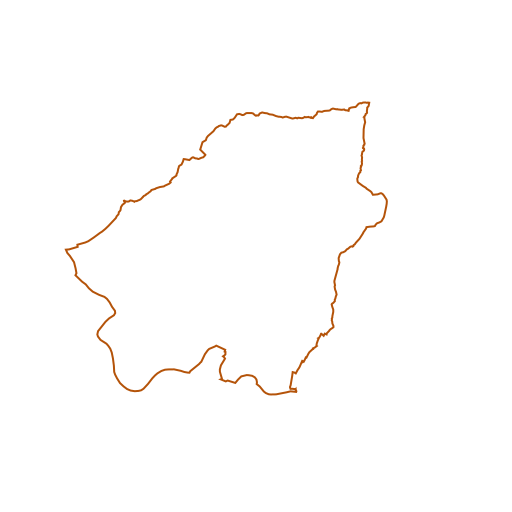 outline of Rapoltu Mare, Hunedoara, Romania, rotated 49°
{"feature_id": "2599482B38890136651952", "entity_name": "Rapoltu Mare", "entity_type": "district", "adm_level": 2, "iso_a3": "ROU", "parent_name": "Romania", "parent_adm1": "Hunedoara", "projection": "mercator", "projection_center": [23.103, 45.901], "detail": "fine", "context": "isolated", "style": "outline", "palette": "amber", "viewbox_px": 512, "rotation_deg": 49, "n_neighbors": 0, "source": "geoboundaries", "source_scale": "gbopen_adm2", "svg_char_len": 6070}
<svg xmlns="http://www.w3.org/2000/svg" viewBox="0 0 512 512"><g transform="rotate(49 256 256)"><path d="M385.5,314.3L384.6,314.6L384.0,314.0L383.3,313.9L382.7,313.5L382.8,313.9L382.3,313.9L382.5,313.7L382.3,313.5L381.9,313.9L381.9,314.1L380.2,315.5L378.9,317.1L377.6,316.6L377.1,316.2L376.3,314.7L370.3,307.4L367.7,304.5L369.3,303.4L370.7,303.0L369.4,299.6L369.0,298.2L368.9,297.6L368.3,295.8L365.7,290.4L366.4,290.4L366.1,289.6L367.1,289.4L366.5,287.7L365.2,284.9L365.8,284.6L364.1,280.5L363.6,278.8L363.5,275.2L363.5,274.6L363.7,273.9L363.1,273.6L363.6,272.0L363.8,269.2L363.4,269.3L363.0,268.9L361.8,267.4L360.2,264.6L359.5,263.1L359.3,262.8L358.9,262.9L359.1,261.9L359.0,261.6L358.0,259.0L357.4,258.0L357.4,257.8L358.0,257.6L360.6,257.3L359.7,255.1L361.5,254.2L360.8,253.3L360.5,249.9L360.2,249.0L360.2,247.4L360.5,245.6L360.5,244.2L359.5,243.4L357.0,242.6L355.5,241.5L354.2,241.0L353.6,240.2L352.9,239.8L352.6,238.9L351.4,237.7L348.9,234.4L347.2,232.9L344.0,231.6L342.1,230.6L341.9,229.9L342.1,228.4L341.8,226.1L340.7,225.3L340.2,224.1L338.9,222.3L338.0,220.5L335.5,219.1L333.2,218.3L331.2,217.1L330.5,216.6L330.0,215.6L327.0,213.9L326.1,213.0L319.3,202.8L318.9,202.6L317.4,200.4L316.9,199.2L315.9,197.8L315.4,197.2L314.2,196.8L311.8,195.0L309.8,191.5L309.5,189.4L310.4,187.7L310.9,185.5L310.6,183.3L310.6,182.7L310.9,181.9L310.9,178.9L311.0,178.5L311.7,177.1L312.3,176.9L312.2,176.5L312.4,176.0L311.8,175.1L312.0,173.8L311.5,171.9L310.9,166.6L309.0,160.1L308.7,159.8L307.5,154.9L306.7,153.7L308.5,150.9L310.9,147.7L311.4,146.6L310.9,145.3L310.7,143.5L310.8,142.9L311.5,141.2L312.0,139.2L312.1,138.5L310.7,134.3L309.7,132.7L304.2,125.4L302.3,123.1L300.6,121.4L299.1,120.5L294.3,119.8L292.2,119.8L290.8,120.3L290.3,120.9L289.3,123.7L286.5,127.6L283.5,127.0L282.0,127.2L277.6,128.4L276.7,128.3L273.3,129.4L267.4,130.7L266.5,130.5L264.7,129.3L264.0,128.7L263.3,127.1L262.7,126.7L262.2,126.0L261.2,123.9L261.2,122.5L261.1,122.2L260.2,121.5L260.2,120.6L258.3,119.5L257.5,118.0L256.9,117.9L256.8,117.5L257.0,117.3L256.7,116.4L255.5,115.1L254.2,114.4L253.9,113.6L253.0,113.1L251.1,111.2L249.4,110.4L248.9,109.4L248.4,109.0L247.1,107.2L247.3,105.9L247.2,105.3L246.4,104.3L246.0,104.1L244.9,104.5L244.6,104.4L244.4,103.6L243.3,102.7L243.0,101.7L243.1,101.4L242.7,101.0L242.6,100.4L237.5,97.5L230.9,91.5L228.4,88.5L226.7,85.9L223.1,83.8L222.2,83.0L221.9,83.2L221.5,81.1L220.8,80.1L220.9,78.6L220.3,77.8L219.5,77.4L217.8,75.4L217.1,74.9L216.9,74.4L216.8,73.1L216.6,72.5L214.6,70.0L213.5,71.0L213.3,71.7L211.9,72.7L210.4,74.6L209.9,76.4L209.3,76.7L208.7,77.7L208.4,78.8L208.9,82.7L208.8,83.2L207.6,84.9L206.4,86.8L206.0,87.9L205.8,88.7L206.1,88.9L206.1,89.4L206.8,90.3L206.6,90.9L207.0,91.1L206.9,91.2L206.2,91.3L204.9,92.7L204.0,93.2L203.3,93.3L201.9,95.4L198.9,98.2L198.4,98.4L198.3,98.8L197.8,99.3L195.2,101.2L194.6,102.8L194.6,104.6L194.2,105.5L191.6,108.9L191.0,110.0L190.5,111.6L188.6,113.3L187.6,114.5L188.0,116.1L188.8,117.3L188.8,120.4L188.9,120.6L188.8,121.0L189.3,122.6L188.0,123.7L187.7,123.5L187.6,124.0L186.8,124.1L186.3,124.9L185.4,125.2L185.2,125.7L183.9,127.5L183.0,128.0L182.8,129.5L182.2,130.9L179.4,133.4L179.3,134.3L179.1,134.6L177.7,135.4L176.6,137.7L176.1,138.4L170.7,141.7L169.9,142.9L169.0,145.0L167.8,145.6L166.5,146.7L165.8,147.5L163.5,149.1L160.3,150.7L157.9,152.9L155.6,154.0L153.9,155.6L151.7,157.2L150.9,159.7L151.0,160.2L151.5,161.5L151.5,162.1L151.1,162.5L150.4,163.0L150.3,163.7L150.0,164.1L149.0,164.4L146.5,164.7L145.3,165.5L142.2,169.0L141.9,169.6L141.7,170.1L141.5,172.4L141.1,173.3L140.5,174.0L139.1,174.6L137.8,175.4L136.6,177.4L137.6,181.0L137.8,182.1L137.8,184.0L136.5,186.0L138.2,188.6L138.4,191.2L138.3,192.4L138.6,193.7L138.0,194.8L135.3,196.0L134.5,196.6L133.5,198.9L133.5,200.1L133.1,201.2L133.1,203.1L133.9,206.2L133.9,213.4L134.3,215.5L135.7,217.9L135.0,221.7L139.1,228.3L146.4,227.8L146.6,228.1L146.9,231.0L146.0,232.9L145.2,235.6L144.7,236.1L143.6,236.6L142.8,237.5L141.6,238.2L140.7,238.4L140.2,238.8L139.9,239.4L139.8,240.5L139.9,243.3L136.1,246.3L135.4,247.0L136.8,249.2L138.1,252.2L138.0,253.0L137.8,253.6L137.7,255.2L138.8,256.7L139.1,257.4L141.3,260.2L142.3,262.5L142.9,263.0L143.1,263.6L142.5,268.2L142.7,268.3L143.4,272.0L144.5,272.2L144.5,274.1L143.2,278.5L143.0,279.9L140.9,283.3L139.4,286.8L139.2,287.7L139.3,287.9L137.6,291.6L138.0,293.1L137.8,294.9L137.8,296.6L137.4,298.4L137.6,298.8L137.4,300.3L137.1,301.2L137.2,302.6L137.4,302.9L137.3,303.4L137.5,304.7L137.5,305.9L137.3,306.9L136.6,308.9L136.4,309.8L134.8,312.2L134.9,312.3L133.2,313.1L131.6,314.4L131.5,315.8L131.0,316.9L129.8,318.1L128.8,318.8L127.9,319.0L127.7,319.4L128.0,319.6L129.0,319.6L129.7,319.9L129.9,320.3L129.7,323.1L130.5,325.8L132.5,328.2L132.8,329.3L132.9,330.7L134.3,332.4L134.6,335.1L135.4,336.8L136.5,347.7L136.7,352.0L136.6,356.2L136.2,358.7L135.6,366.4L134.8,372.9L133.8,376.0L130.3,383.4L132.1,384.6L128.4,392.7L126.5,395.3L130.0,396.4L133.8,396.4L141.3,397.4L147.0,400.3L151.2,402.8L152.1,404.9L161.3,404.1L165.7,403.1L170.7,403.3L175.8,402.6L182.4,399.9L187.4,397.2L190.6,396.6L195.1,396.9L199.9,398.0L204.8,398.4L206.7,399.7L207.5,402.1L206.7,407.8L206.9,412.8L209.1,424.5L211.1,427.2L213.1,428.1L217.3,428.4L224.1,426.4L226.8,426.4L230.3,426.8L234.2,428.2L239.5,431.2L245.5,435.2L250.5,439.1L253.0,440.1L257.0,441.1L262.7,442.0L267.5,441.5L271.8,440.6L275.3,438.9L278.5,436.2L280.8,433.1L282.0,430.8L282.4,428.0L281.7,421.5L280.3,414.5L279.9,410.6L279.9,407.4L280.7,402.8L282.1,399.3L284.0,396.7L287.8,392.2L293.3,388.1L296.5,386.2L299.0,384.2L300.4,382.8L299.8,381.2L300.2,369.9L299.9,367.5L300.0,366.8L296.6,359.0L295.5,354.3L295.4,352.3L297.3,346.5L297.6,344.8L306.6,340.8L307.6,342.4L308.4,342.0L310.2,343.7L310.3,345.0L310.1,346.7L311.4,346.5L313.1,346.7L315.5,354.2L317.9,357.7L319.7,359.2L326.4,362.3L326.0,363.5L330.8,361.1L331.4,359.1L338.2,354.9L337.5,350.7L337.2,346.1L339.8,341.1L341.2,339.7L343.9,337.5L346.8,336.5L349.5,336.7L351.9,338.1L353.1,339.5L356.9,338.8L363.4,339.0L365.9,338.5L368.7,337.1L370.1,335.8L373.6,331.6L378.9,322.4L380.8,318.7L385.5,314.3Z" fill="none" stroke="#b45309" stroke-width="2"/></g></svg>